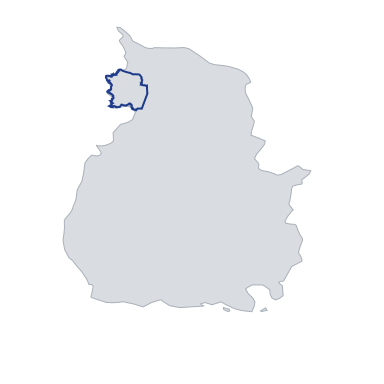 Siem Pang, Stœng Trêng, Cambodia shown in context, rotated 290°
{"feature_id": "14789045B29647510840066", "entity_name": "Siem Pang", "entity_type": "district", "adm_level": 2, "iso_a3": "KHM", "parent_name": "Cambodia", "parent_adm1": "Stœng Trêng", "projection": "natural_earth1", "projection_center": [106.38, 14.216], "detail": "fine", "context": "in_parent", "style": "outline", "palette": "blue", "viewbox_px": 384, "rotation_deg": 290, "n_neighbors": 0, "source": "geoboundaries", "source_scale": "gbopen_adm2", "svg_char_len": 7311}
<svg xmlns="http://www.w3.org/2000/svg" viewBox="0 0 384 384"><g transform="rotate(290 192 192)"><path d="M321.2,65.1L322.0,68.4L319.9,74.5L317.6,80.1L313.4,85.0L313.2,88.6L311.7,99.3L312.3,102.7L313.3,105.6L314.7,107.2L318.3,117.7L321.7,127.2L325.0,135.1L325.6,140.0L322.6,152.6L319.1,164.1L319.4,169.9L320.9,175.6L322.5,183.3L323.2,193.1L322.3,199.5L320.7,203.5L317.6,207.6L315.0,209.6L311.8,206.2L309.2,206.0L305.8,207.1L303.1,208.7L297.6,214.6L291.5,220.5L283.1,221.9L279.9,226.3L276.4,226.9L269.7,227.1L265.4,228.1L265.6,230.3L265.2,240.5L265.3,242.9L264.6,243.5L261.6,243.8L256.5,242.3L249.6,239.7L244.7,239.3L242.2,243.8L240.7,245.5L238.8,245.8L236.9,246.6L236.2,248.6L236.1,251.1L237.0,255.3L237.3,262.1L237.1,266.7L238.9,269.7L249.4,279.5L252.5,281.9L252.9,283.4L251.1,288.7L252.7,296.2L249.4,296.1L243.9,292.9L241.2,290.9L238.1,292.5L236.9,292.2L234.8,288.5L232.0,284.7L229.1,284.5L222.9,286.0L216.6,287.0L214.3,287.0L213.3,287.7L209.6,293.3L208.1,292.3L201.8,290.2L196.0,289.4L194.8,290.8L195.5,295.4L196.8,299.9L196.0,301.7L192.8,304.1L188.6,308.3L186.1,311.6L184.3,312.4L177.9,312.3L171.5,312.7L169.0,315.8L166.6,318.2L164.5,318.9L156.2,311.2L139.7,308.5L138.0,305.2L136.4,304.5L134.8,308.9L125.8,313.1L122.0,310.6L119.2,307.5L119.6,303.7L122.3,300.6L126.8,298.4L128.9,290.6L125.5,280.7L122.5,277.8L119.3,275.5L116.0,279.2L113.1,285.5L110.2,288.8L106.1,289.5L100.0,289.2L97.7,279.8L96.9,271.7L97.8,262.4L98.7,256.9L92.9,249.3L92.6,242.1L89.8,238.4L89.0,240.3L89.1,242.4L88.3,240.9L79.1,219.7L77.6,209.9L79.2,202.4L80.2,199.8L77.5,195.9L73.8,191.3L67.3,185.4L66.9,176.1L65.4,165.0L63.5,161.3L60.5,154.5L58.9,148.9L58.4,134.0L59.2,132.8L63.9,132.4L69.9,131.3L70.8,128.9L69.8,126.9L73.6,123.5L79.1,116.1L83.4,108.4L86.5,103.6L88.3,98.7L94.5,91.9L103.0,87.1L108.8,86.0L114.8,84.4L120.6,82.1L123.3,81.9L130.4,84.7L134.3,85.4L138.3,85.3L142.5,85.6L146.2,85.3L155.0,83.4L164.3,84.9L172.5,83.7L182.8,81.5L187.8,82.9L192.4,85.1L193.1,89.7L194.1,91.7L195.7,93.3L197.7,93.3L200.3,90.2L202.5,86.9L203.2,86.3L203.3,87.9L204.4,91.5L206.4,94.9L208.3,97.2L211.6,100.3L213.8,100.5L220.8,97.6L231.3,101.8L232.5,103.9L235.9,108.2L239.6,111.3L247.8,111.5L250.8,103.9L249.3,99.3L244.7,91.2L243.4,86.5L244.9,85.7L252.8,84.8L254.1,83.8L255.8,78.6L258.0,79.2L262.4,79.9L267.0,76.3L269.8,72.6L271.3,74.3L272.9,76.9L274.7,78.4L278.1,80.7L281.7,83.9L284.0,87.0L285.9,88.2L290.6,87.3L291.8,87.4L294.6,83.7L296.5,81.6L298.1,82.2L300.5,82.2L305.4,77.3L308.2,73.0L309.7,71.8L314.1,74.0L315.9,73.5L318.4,67.5L321.2,65.1ZM94.6,267.3L93.7,267.8L92.9,267.8L92.0,267.0L92.1,263.6L92.7,261.5L94.2,261.1L94.6,267.3ZM108.3,300.8L106.5,303.0L103.5,298.3L103.6,297.0L108.3,300.8Z" fill="#d9dde1" stroke="#a8b0b8" stroke-width="1"/><path d="M282.6,83.9L282.6,83.6L282.7,83.4L282.7,83.1L282.3,82.6L282.3,82.4L282.3,82.2L282.2,82.1L282.0,81.9L282.0,81.7L281.8,81.4L281.7,81.4L281.6,81.2L281.3,81.1L281.1,81.0L280.9,81.5L280.8,81.8L280.6,81.8L280.2,81.7L280.0,81.4L279.3,81.4L279.2,81.4L279.1,81.2L278.9,81.1L278.7,81.2L278.1,80.8L277.9,80.9L277.8,80.6L277.9,80.4L278.0,80.3L277.9,80.3L277.7,80.2L277.4,80.4L276.9,80.4L276.7,80.3L276.3,80.6L276.2,79.9L276.2,79.7L275.8,79.7L275.6,79.2L275.4,78.8L275.4,78.4L275.6,78.2L275.4,78.2L275.5,78.0L275.4,77.7L275.4,77.4L275.1,77.5L274.9,77.5L274.9,77.2L274.8,76.7L274.6,76.9L274.4,76.7L274.2,76.7L274.1,76.9L273.9,76.8L273.3,77.2L273.0,77.2L272.9,77.0L272.9,76.8L272.8,76.7L273.1,76.5L273.3,76.0L273.3,75.8L273.2,75.6L273.0,75.4L272.9,75.1L272.9,74.8L272.9,74.5L272.6,74.2L272.6,73.4L272.4,73.2L272.2,72.8L272.0,71.9L271.9,71.7L271.4,71.8L270.8,71.7L270.3,71.9L269.8,72.3L269.6,72.6L269.5,72.8L269.4,72.9L269.1,73.2L268.6,73.6L268.0,73.8L267.8,74.0L267.6,74.4L267.7,74.8L268.0,75.2L268.5,75.8L268.7,76.1L268.5,76.5L268.3,76.5L266.8,75.8L266.6,75.8L266.4,75.9L266.2,76.1L266.2,76.3L266.2,77.0L266.4,77.3L266.7,77.6L266.7,77.9L266.5,78.3L265.9,78.7L265.8,78.8L265.7,78.9L265.8,79.3L265.3,80.0L265.2,80.1L264.4,80.2L263.8,80.1L263.5,80.0L263.2,79.9L262.3,80.3L261.8,80.4L261.4,80.6L261.2,80.8L260.9,80.7L260.6,80.7L260.3,80.7L260.2,80.5L260.2,80.2L259.9,80.0L259.5,80.1L259.3,79.7L259.4,79.4L259.3,79.1L259.2,79.1L259.0,78.8L258.8,78.8L258.6,78.9L258.4,78.6L258.1,78.5L257.9,78.8L257.8,78.7L257.5,78.0L257.3,78.0L257.1,78.2L257.1,78.4L257.0,78.9L256.8,79.2L256.7,79.3L256.7,79.6L256.8,79.9L257.1,80.1L257.2,80.6L257.1,80.9L256.9,80.8L256.8,81.3L256.5,81.5L256.4,82.1L256.5,82.3L256.4,82.4L256.4,82.6L256.5,83.2L256.2,83.5L255.8,84.2L255.9,84.5L255.5,85.1L255.4,85.2L255.2,85.2L254.9,84.8L254.6,84.9L254.5,85.2L254.1,85.8L253.9,86.0L253.2,86.1L252.6,85.9L252.4,85.7L252.2,85.2L252.0,84.9L251.9,84.8L251.6,84.9L251.2,85.2L250.9,85.4L250.6,85.6L250.0,85.2L249.9,85.1L249.7,84.6L249.6,84.9L249.3,84.7L249.2,84.9L248.8,85.2L248.6,85.2L248.7,85.5L248.7,85.8L248.8,86.0L248.6,86.5L248.5,86.8L248.2,86.4L247.9,86.0L247.6,86.2L247.4,86.2L247.4,86.5L247.0,86.2L246.8,86.3L246.6,86.5L246.3,86.4L246.1,86.4L245.9,86.4L245.4,85.8L245.2,85.6L245.1,85.4L244.9,85.1L244.5,84.8L244.5,85.2L244.4,85.5L244.3,85.9L244.2,86.2L244.3,86.3L244.5,86.5L244.3,87.1L244.3,87.6L244.6,87.9L244.6,88.2L244.6,88.4L245.0,88.4L245.1,88.2L245.3,88.2L245.6,88.3L245.7,88.5L245.8,88.7L245.6,88.7L245.6,89.1L245.8,89.6L245.9,90.0L246.1,90.4L246.1,90.5L246.2,90.8L245.9,91.2L245.8,91.3L245.8,91.6L245.9,92.0L245.9,92.3L246.1,92.4L246.0,92.6L246.2,92.8L246.2,93.2L246.3,93.3L246.4,93.5L246.6,93.7L246.9,94.0L247.1,94.4L247.0,94.7L247.1,94.8L247.4,95.1L247.6,95.2L247.8,95.2L248.2,95.4L248.5,95.4L248.8,95.6L249.7,95.7L249.9,95.7L250.0,95.8L250.2,96.6L250.1,97.5L250.1,98.2L250.3,98.9L250.5,99.5L250.5,100.1L250.6,100.3L250.8,100.6L251.1,100.7L251.4,100.9L251.6,101.3L251.7,101.5L251.8,101.6L252.2,101.9L252.7,102.1L252.8,102.2L253.0,102.4L253.2,102.5L253.3,102.5L253.9,103.1L253.6,103.8L253.7,104.0L253.4,104.1L253.5,104.2L253.4,104.3L253.5,104.5L253.4,104.8L253.3,105.3L253.1,105.4L253.0,105.6L252.7,105.8L252.6,105.7L252.4,105.8L251.8,105.9L251.6,105.8L251.4,105.8L251.2,106.0L250.9,106.4L250.9,106.8L250.7,106.8L250.6,107.1L250.3,107.2L249.7,107.2L249.6,107.3L249.5,107.9L249.7,108.5L249.9,108.6L249.7,108.8L249.7,109.2L249.7,109.7L249.8,110.0L249.7,110.5L249.7,111.1L249.8,111.6L250.2,111.5L250.8,111.5L251.0,111.9L251.8,112.4L252.0,112.6L252.1,112.9L252.1,113.3L252.1,113.5L252.8,114.8L252.8,115.1L252.8,115.3L252.9,115.6L253.3,115.8L253.3,116.0L253.3,116.3L269.5,116.4L270.3,115.8L271.7,115.3L274.0,114.2L275.4,113.8L276.6,113.2L276.1,112.7L276.0,112.3L276.0,111.8L276.1,111.7L276.1,111.4L276.1,111.2L276.0,110.9L276.1,110.7L275.7,110.2L275.7,109.8L275.7,109.6L275.6,109.2L275.6,108.9L275.5,108.7L275.4,108.6L275.4,108.3L275.4,108.2L275.5,108.0L275.6,107.9L275.6,107.7L275.6,107.4L275.5,107.2L276.3,107.2L276.4,107.3L276.5,107.2L276.5,107.3L276.9,107.4L277.0,107.4L277.2,107.6L277.6,107.6L277.8,107.4L278.0,107.2L278.3,107.0L278.5,107.1L278.8,107.0L279.1,106.9L279.4,107.0L279.5,107.0L279.8,107.0L280.0,107.0L280.0,106.9L280.1,106.7L280.4,106.4L280.6,106.2L280.8,106.1L281.1,106.0L281.4,105.6L281.5,105.7L281.8,105.6L282.1,105.6L282.3,105.6L282.6,105.3L282.8,105.1L283.6,103.7L284.1,103.0L284.3,102.5L284.3,101.9L283.9,100.5L282.8,97.2L282.6,97.0L282.4,96.6L282.5,94.8L282.5,94.4L282.7,93.9L282.8,92.9L282.6,92.4L282.4,90.7L282.2,87.7L282.2,85.4L282.3,85.2L282.3,84.9L282.6,83.9Z" fill="none" stroke="#1e3a8a" stroke-width="2"/></g></svg>